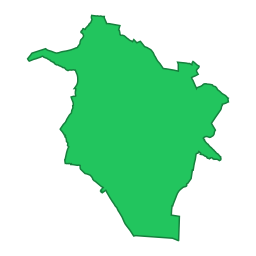 Turda, Cluj, Romania
{"feature_id": "2599482B86341040659785", "entity_name": "Turda", "entity_type": "district", "adm_level": 2, "iso_a3": "ROU", "parent_name": "Romania", "parent_adm1": "Cluj", "projection": "mercator", "projection_center": [23.797, 46.584], "detail": "fine", "context": "isolated", "style": "filled", "palette": "green", "viewbox_px": 256, "rotation_deg": 0, "n_neighbors": 0, "source": "geoboundaries", "source_scale": "gbopen_adm2", "svg_char_len": 5581}
<svg xmlns="http://www.w3.org/2000/svg" viewBox="0 0 256 256"><path d="M220.8,157.0L219.5,155.9L218.8,155.0L217.7,153.8L216.8,153.4L216.4,153.1L215.2,151.6L214.3,150.9L214.0,150.3L213.7,150.0L213.1,149.6L211.0,147.4L210.6,147.3L208.9,145.5L208.2,144.4L207.0,143.6L205.8,142.3L204.3,140.3L204.6,140.0L203.3,138.3L203.5,137.9L204.5,137.0L206.0,136.5L207.1,136.5L209.6,137.4L210.6,137.2L213.0,135.7L213.6,134.9L214.0,134.2L214.5,131.6L214.9,130.9L215.4,130.1L211.9,124.2L211.5,123.5L211.5,123.2L215.8,116.8L220.5,110.1L221.1,108.9L221.5,106.9L221.6,106.4L222.3,105.3L222.4,105.1L222.2,104.5L222.2,104.3L225.4,103.3L226.7,102.7L227.8,102.0L228.4,101.9L228.1,100.1L227.9,98.8L228.3,98.2L227.7,97.9L227.2,97.5L226.5,96.5L225.2,95.4L222.1,93.6L219.6,91.2L217.7,89.8L217.1,88.9L216.9,88.3L216.6,87.9L215.6,86.8L215.0,86.5L213.3,86.1L213.0,85.8L212.6,85.1L212.2,84.8L209.6,84.3L207.2,84.1L206.2,83.8L205.4,83.8L204.1,83.9L203.0,84.6L202.3,85.4L200.6,86.4L199.3,86.8L197.2,87.7L196.8,88.0L196.5,88.5L196.3,87.7L195.4,86.1L194.3,83.5L193.8,82.4L193.0,80.5L192.0,78.9L191.6,77.8L191.6,77.5L193.7,76.5L195.2,75.9L198.2,74.3L196.8,71.9L196.6,71.3L196.5,70.1L197.5,68.8L198.2,68.2L198.8,67.4L199.0,66.6L199.1,66.2L197.1,65.0L194.6,62.7L193.0,61.5L192.4,62.4L191.8,64.2L191.8,64.7L191.1,64.4L189.7,63.5L187.9,63.5L186.8,63.2L185.4,63.0L181.4,62.6L177.6,62.2L178.3,64.1L178.3,71.1L173.6,70.1L166.5,68.9L163.2,68.5L159.9,63.6L158.0,61.5L156.9,59.9L155.4,57.0L154.4,55.5L153.3,52.9L151.6,50.6L151.3,50.2L150.4,49.5L147.8,48.0L147.2,47.6L144.7,46.7L144.4,46.4L140.6,41.6L140.2,41.3L139.7,41.6L136.8,42.8L133.8,39.6L132.5,41.7L131.2,40.9L129.6,40.3L128.5,39.2L127.4,38.5L125.0,36.4L124.0,35.7L122.3,35.2L121.5,35.3L120.6,35.2L120.0,34.4L120.1,34.1L119.9,33.6L119.8,32.5L119.3,30.3L118.6,29.9L119.9,25.6L109.4,23.7L107.8,23.6L106.5,23.6L106.3,22.5L104.3,18.0L104.2,17.3L104.3,16.5L102.2,16.5L100.8,16.0L99.5,16.2L99.0,16.2L97.5,15.9L96.1,16.0L91.7,15.4L91.4,16.8L91.4,17.7L91.5,18.3L92.0,19.3L91.4,21.0L90.7,22.6L90.0,23.4L89.8,23.3L88.9,24.3L88.7,24.8L88.9,25.0L88.7,25.5L88.0,25.8L87.5,26.2L86.9,27.0L86.4,27.4L85.8,28.1L85.3,29.1L85.2,29.6L85.3,30.1L85.0,29.4L83.4,28.6L83.1,28.6L82.9,28.8L82.0,30.7L81.7,30.9L81.4,30.9L80.9,31.9L80.9,32.1L81.3,32.8L82.1,33.1L82.8,33.7L83.0,34.4L83.5,35.3L83.5,35.5L83.5,36.3L83.2,37.0L82.5,38.1L80.8,39.9L80.5,40.6L80.4,41.2L80.1,41.9L80.0,43.0L79.9,43.8L79.5,44.4L77.9,46.5L77.6,47.3L76.9,47.7L76.0,47.9L73.9,48.8L70.8,49.9L66.3,51.0L62.6,51.6L60.9,52.0L58.9,52.7L56.5,53.1L54.9,52.7L51.6,51.4L47.7,50.2L47.0,49.8L45.6,48.7L32.1,53.1L31.7,53.4L30.9,54.7L27.6,58.8L28.6,60.5L29.1,61.0L29.3,61.1L33.8,59.3L35.8,58.8L38.5,57.8L40.6,57.1L42.1,56.3L42.6,56.2L43.3,56.6L43.5,57.0L45.8,58.0L46.6,58.1L48.1,59.2L49.9,60.0L50.1,60.1L50.1,60.4L50.6,60.9L52.1,61.7L52.8,61.9L53.2,62.4L54.1,62.4L54.2,62.7L54.4,63.5L55.1,63.9L55.2,64.1L55.6,64.4L56.8,64.9L57.4,64.8L58.2,65.1L59.3,65.8L60.7,66.2L61.4,66.7L62.0,66.9L62.5,67.3L63.1,67.7L64.2,67.6L64.8,68.1L65.5,69.0L66.2,69.7L67.7,70.5L68.3,70.5L69.2,70.0L70.6,70.0L71.4,70.1L73.3,69.8L73.8,69.8L74.5,70.1L74.8,70.1L75.1,70.0L75.3,70.1L76.6,73.4L77.1,74.5L77.4,75.6L77.7,77.2L77.8,81.0L77.5,83.0L76.9,84.6L76.5,85.3L75.9,86.3L74.2,88.6L74.8,88.6L75.0,88.5L75.2,88.4L75.7,88.5L75.8,88.6L75.7,90.8L75.4,91.0L75.3,93.5L75.7,95.6L75.7,95.9L75.6,96.1L74.9,96.3L73.5,96.3L71.1,97.0L71.5,98.3L73.2,102.7L73.3,104.7L73.3,105.3L72.7,105.6L72.9,107.9L71.8,110.3L71.4,112.9L69.3,115.2L68.9,115.9L66.7,119.5L66.3,120.6L65.3,122.4L63.3,124.5L60.2,129.1L60.6,129.6L60.6,129.8L62.3,131.7L64.0,134.3L64.3,135.0L65.0,135.0L65.4,135.7L65.1,135.9L64.9,136.8L65.5,137.2L66.0,137.9L66.2,138.9L66.4,140.1L66.5,141.5L67.0,141.9L67.2,142.4L67.8,142.9L67.8,143.3L67.8,143.7L67.5,145.4L68.0,146.0L68.8,146.9L68.3,147.7L67.5,149.5L66.6,152.6L65.9,155.9L65.4,158.1L65.4,158.9L64.9,159.3L64.8,160.0L65.0,161.9L65.2,162.9L65.3,163.4L65.8,163.3L66.3,163.6L67.9,163.6L68.3,163.7L69.0,163.4L69.3,163.6L69.8,163.6L70.2,163.8L71.1,163.7L70.9,164.5L73.0,164.6L76.7,165.2L77.7,165.3L78.5,165.1L80.1,165.4L80.2,165.5L80.2,165.9L80.1,166.6L80.2,167.6L80.2,168.2L80.6,169.2L85.0,173.5L87.2,174.0L90.2,175.2L91.8,177.0L92.4,178.0L92.9,179.4L94.1,180.7L95.2,181.3L101.4,186.5L103.2,187.5L100.7,190.3L101.6,191.1L100.8,191.7L102.2,192.8L105.8,190.3L106.4,191.3L106.6,191.9L110.0,197.8L112.3,201.4L113.9,203.7L115.4,206.2L116.8,207.6L117.6,209.5L118.3,210.6L118.2,210.7L118.7,211.5L118.8,211.5L122.1,217.1L124.1,221.7L125.2,223.9L126.5,225.7L130.2,230.5L133.7,236.0L135.8,235.6L139.7,235.9L172.5,238.2L176.0,239.6L178.3,240.6L178.6,240.5L179.4,216.4L171.3,215.1L171.6,209.7L172.1,205.8L172.7,205.9L172.9,205.2L173.1,204.4L175.4,198.5L175.9,197.3L176.2,196.4L177.0,194.4L177.7,192.9L178.9,191.1L179.4,190.5L180.4,189.5L183.1,187.3L183.8,187.0L185.7,186.5L186.5,186.0L186.7,185.6L186.7,185.3L186.6,184.8L186.7,183.9L187.8,183.3L191.1,178.6L192.4,169.9L193.2,170.1L193.9,165.4L194.4,162.9L195.3,159.3L196.0,154.4L196.2,153.9L196.8,153.4L197.8,153.2L198.1,153.0L198.4,152.6L198.8,151.5L199.5,152.0L199.9,152.5L200.2,152.6L200.7,153.1L200.7,153.3L200.4,153.5L200.6,153.9L200.4,154.3L201.8,154.5L202.2,154.7L202.9,154.6L204.7,156.0L205.5,156.2L206.0,156.5L206.8,156.8L206.9,157.1L206.9,157.6L207.6,158.2L208.0,158.2L209.5,158.8L209.9,158.2L210.2,158.0L210.4,157.9L210.6,158.1L211.1,157.8L211.8,157.7L212.6,158.2L212.9,158.8L213.4,158.8L213.9,159.3L214.3,159.1L214.9,159.3L216.2,159.2L216.9,159.3L218.4,159.8L219.3,160.6L219.6,160.4L220.0,160.3L220.7,159.8L220.8,159.2L221.0,158.9L220.4,157.9L220.7,157.6L220.8,157.0Z" fill="#22c55e" stroke="#15803d" stroke-width="1.5"/></svg>